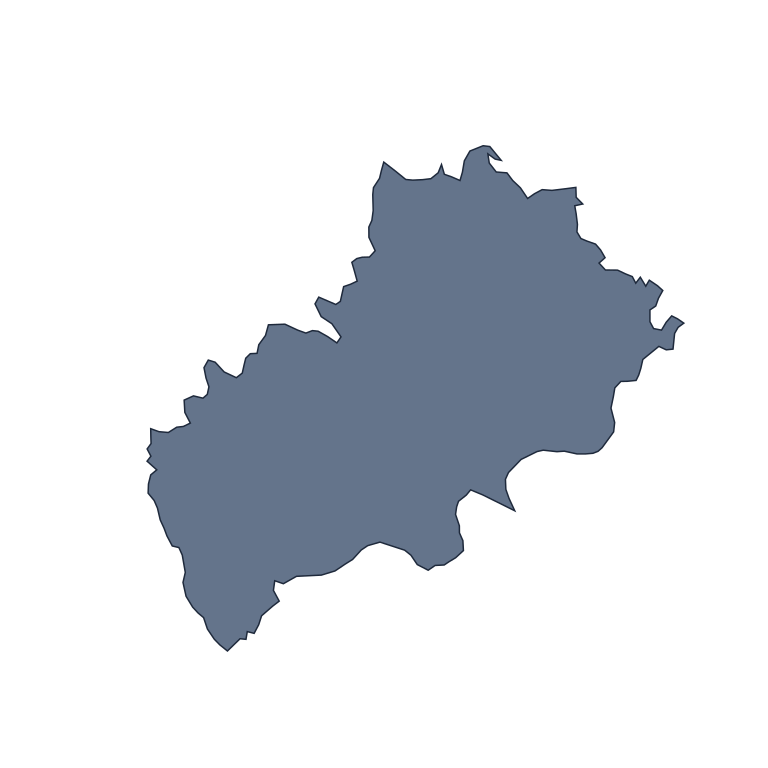 Simolândia, Goiás, Brazil, rotated 146°
{"feature_id": "56859067B65187776336731", "entity_name": "Simolândia", "entity_type": "district", "adm_level": 2, "iso_a3": "BRA", "parent_name": "Brazil", "parent_adm1": "Goiás", "projection": "equal_earth", "projection_center": [-46.59, -14.44], "detail": "fine", "context": "isolated", "style": "filled", "palette": "slate", "viewbox_px": 768, "rotation_deg": 146, "n_neighbors": 0, "source": "geoboundaries", "source_scale": "gbopen_adm2", "svg_char_len": 2763}
<svg xmlns="http://www.w3.org/2000/svg" viewBox="0 0 768 768"><g transform="rotate(146 384 384)"><path d="M602.4,477.4L607.0,470.3L610.4,464.9L616.7,462.6L617.6,454.5L623.6,452.5L620.4,439.9L628.2,439.1L635.2,432.8L640.6,425.4L639.7,415.9L641.2,407.8L645.5,396.5L647.0,387.3L648.9,379.4L650.1,368.1L645.5,363.1L646.9,355.0L654.1,338.9L661.6,331.9L666.8,318.7L667.4,306.0L666.2,298.2L664.2,291.2L667.4,279.6L667.4,267.3L666.0,259.6L663.1,250.2L645.8,253.3L641.2,249.5L635.8,255.2L631.1,249.9L622.5,254.5L615.1,260.3L600.4,262.1L592.3,262.6L591.1,274.7L584.6,282.0L579.1,274.7L564.1,273.5L542.8,260.6L529.1,256.4L516.9,256.4L508.1,256.1L495.7,259.1L487.9,259.1L475.8,255.2L459.8,234.7L457.4,227.0L457.4,215.7L451.5,204.9L443.1,205.0L435.3,200.3L429.5,200.3L421.8,199.9L411.3,201.5L406.2,210.0L404.7,218.4L400.8,224.3L397.6,235.9L392.4,241.6L387.8,245.1L377.8,245.9L371.4,247.8L364.3,237.1L346.5,205.8L344.3,219.3L341.9,228.5L336.6,237.1L330.3,241.0L312.5,244.8L294.9,242.4L289.0,240.1L278.5,231.2L272.1,227.5L263.1,218.1L256.3,213.5L249.5,209.7L244.2,208.5L238.9,209.2L220.4,215.9L214.3,223.1L209.3,237.1L200.9,245.3L194.8,251.7L186.2,253.7L180.8,250.2L173.0,246.0L167.8,249.0L162.3,253.4L155.7,259.6L149.3,260.2L135.1,261.5L130.9,254.5L124.9,251.3L114.8,263.4L108.5,266.5L101.4,266.8L104.2,273.9L107.4,279.6L115.5,277.4L123.8,273.5L129.5,279.2L128.7,286.9L122.1,296.7L115.1,296.7L108.5,301.6L100.6,305.6L102.3,312.5L106.0,321.7L112.3,318.7L111.8,329.2L118.9,326.8L118.1,334.2L122.3,340.4L126.7,347.8L136.7,354.7L138.1,364.0L130.1,365.1L129.5,374.0L130.4,381.7L135.9,389.1L139.4,394.5L139.0,402.2L134.4,408.1L129.5,417.7L126.2,425.1L118.6,422.1L120.3,431.3L115.0,439.7L124.4,444.4L136.5,450.6L144.2,456.7L152.8,457.6L161.2,457.5L161.2,470.3L163.5,480.7L164.0,490.3L172.4,497.0L173.2,508.3L169.2,516.7L166.1,508.3L161.8,503.9L163.5,521.7L168.6,526.1L182.5,529.1L192.6,524.1L200.6,515.7L207.2,510.2L212.1,517.9L216.7,524.1L213.6,533.8L221.0,528.8L230.3,528.0L237.7,531.8L246.1,536.9L251.6,541.4L255.5,554.2L260.1,568.1L266.8,562.4L272.7,557.0L282.9,552.7L287.4,547.3L296.0,533.8L302.6,526.4L308.8,522.6L314.5,514.0L316.8,499.4L325.1,497.4L331.2,501.3L336.4,503.2L342.6,502.9L345.2,494.7L348.7,484.3L355.9,485.4L363.0,487.3L374.0,476.9L379.5,476.9L389.5,492.5L396.4,489.0L398.4,475.0L393.5,463.1L393.3,447.1L400.1,444.4L404.2,454.8L409.1,464.6L413.5,468.3L420.3,469.9L425.4,476.9L432.7,489.0L446.7,497.7L455.1,490.5L465.8,486.6L472.1,480.4L477.9,483.9L484.2,482.7L489.7,477.7L495.4,472.3L502.9,471.8L509.8,483.4L511.8,496.5L516.3,502.1L524.1,498.2L528.2,488.5L530.7,479.6L536.3,474.2L542.0,473.5L548.6,480.7L558.7,482.4L565.0,471.8L566.4,459.9L574.1,461.0L580.0,464.1L589.9,464.4L597.2,470.3L602.4,477.4Z" fill="#64748b" stroke="#1e293b" stroke-width="1.5"/></g></svg>